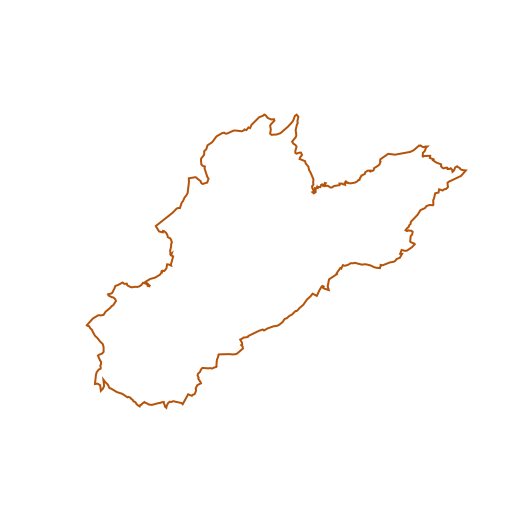 Valea Chioarului, Maramures, Romania, rotated 312°
{"feature_id": "2599482B15879109354657", "entity_name": "Valea Chioarului", "entity_type": "district", "adm_level": 2, "iso_a3": "ROU", "parent_name": "Romania", "parent_adm1": "Maramures", "projection": "robinson", "projection_center": [23.459, 47.406], "detail": "fine", "context": "isolated", "style": "outline", "palette": "amber", "viewbox_px": 512, "rotation_deg": 312, "n_neighbors": 0, "source": "geoboundaries", "source_scale": "gbopen_adm2", "svg_char_len": 6094}
<svg xmlns="http://www.w3.org/2000/svg" viewBox="0 0 512 512"><g transform="rotate(312 256 256)"><path d="M351.0,364.1L355.3,363.1L354.1,361.7L357.9,360.2L359.6,363.4L361.1,364.6L366.8,366.0L371.0,366.1L371.2,365.5L369.9,362.1L369.9,360.9L374.2,357.7L376.6,357.6L378.8,356.2L378.7,354.4L377.6,353.3L377.2,352.2L375.6,351.6L375.2,349.9L377.9,349.7L379.7,350.0L381.5,349.3L383.4,349.4L384.5,348.5L385.5,348.2L394.8,348.5L400.1,347.5L404.6,349.5L407.1,349.3L410.0,350.8L412.2,353.6L412.8,353.5L416.0,350.4L418.0,349.7L422.5,347.2L425.3,349.2L428.1,347.5L429.6,350.9L431.5,351.2L433.0,352.4L435.7,352.5L438.4,349.4L440.0,349.5L452.7,354.8L460.0,354.7L457.9,351.7L457.3,349.9L457.7,348.5L457.1,346.1L457.2,345.4L455.2,344.8L451.9,345.9L450.1,345.7L451.3,344.1L451.5,342.0L450.2,341.6L448.8,340.1L449.6,339.2L449.4,338.6L446.4,336.5L446.4,333.6L448.0,332.3L446.1,327.4L445.6,323.7L446.1,323.6L445.9,323.1L446.6,323.0L445.2,319.6L447.0,318.4L442.5,313.7L441.6,313.6L441.6,313.2L444.4,311.0L446.7,311.2L450.5,309.8L451.9,310.0L450.4,308.4L449.2,307.9L448.5,306.5L448.2,304.2L447.5,304.0L447.2,303.3L440.2,302.4L436.6,301.0L424.3,291.5L420.4,285.9L411.0,283.7L409.6,284.7L409.5,285.4L406.7,286.5L404.8,286.3L400.3,285.0L398.5,286.0L397.2,285.6L396.8,284.8L395.6,284.6L395.8,283.9L395.2,283.8L395.2,283.0L394.1,281.9L392.0,281.3L391.1,281.2L389.8,282.0L386.2,280.5L385.5,281.0L383.8,281.0L381.8,282.0L381.1,281.3L379.0,281.3L376.6,280.3L373.3,277.7L372.0,276.0L371.7,275.5L372.0,274.8L371.4,274.2L371.6,272.8L371.2,272.7L370.4,273.8L369.6,273.1L368.5,274.5L368.2,273.5L367.5,272.9L367.3,271.4L365.7,269.6L365.2,270.5L364.6,270.7L360.3,267.2L357.6,266.5L356.7,265.4L356.2,262.3L354.5,260.7L355.6,259.2L356.7,259.1L356.3,258.3L353.5,259.8L353.0,258.9L353.8,258.1L353.5,257.2L352.3,256.8L350.3,257.8L348.9,256.0L347.9,256.5L347.7,256.0L348.1,255.2L347.0,255.6L346.3,255.3L346.0,254.7L345.6,255.5L343.4,257.6L341.2,257.0L341.2,255.2L342.1,255.6L343.0,255.5L344.1,254.3L343.5,253.8L344.6,251.7L345.7,250.9L347.3,251.0L349.2,249.0L351.4,247.4L354.3,241.2L355.4,238.0L357.5,235.0L358.0,231.0L359.3,229.1L357.3,223.4L358.8,222.8L361.9,222.6L362.9,220.2L361.5,218.8L359.1,217.6L359.0,216.1L360.6,214.8L364.4,213.0L364.9,211.0L364.5,208.6L365.1,206.3L371.0,206.0L372.8,205.1L376.1,201.2L380.8,198.6L382.7,198.1L383.7,196.7L387.8,194.3L388.2,191.6L386.1,191.2L381.3,193.1L379.0,193.3L373.4,193.2L363.8,192.0L360.3,190.2L356.4,186.4L356.4,184.6L359.9,182.4L362.3,179.3L363.7,179.0L368.9,179.1L369.7,177.8L367.8,176.2L366.4,172.4L367.0,169.1L366.8,167.7L366.3,167.4L365.3,167.5L361.2,165.5L350.5,164.9L347.1,166.0L346.5,164.4L343.1,164.6L342.3,162.7L341.2,162.9L339.2,162.0L335.4,156.6L334.1,155.4L327.5,152.5L326.6,151.5L326.3,149.8L324.8,148.7L318.5,146.6L311.2,147.3L305.8,145.9L302.2,147.6L299.1,147.4L297.4,149.1L295.9,149.8L291.8,150.0L290.7,150.7L287.4,154.2L287.4,156.4L288.3,158.1L286.7,159.1L282.2,166.9L281.7,169.0L277.9,170.6L273.8,168.1L273.7,166.0L274.6,164.8L274.2,160.6L274.4,159.3L274.0,158.2L268.8,154.1L265.7,157.0L257.1,163.0L254.9,163.6L251.6,163.8L248.0,165.0L245.9,165.1L240.7,167.4L239.4,165.9L238.1,165.3L232.4,165.1L211.2,161.5L209.4,167.5L211.2,170.9L212.4,170.1L213.0,171.2L213.1,173.7L212.3,176.1L211.0,177.8L211.7,180.3L211.3,181.9L209.8,184.4L208.4,184.8L206.0,186.7L202.2,188.8L201.4,190.0L200.1,191.1L200.7,191.6L201.5,191.7L199.6,192.5L200.3,194.7L192.6,198.5L192.1,199.3L191.3,196.9L190.3,195.5L187.1,197.6L185.9,197.8L183.5,197.9L182.7,196.5L181.8,196.0L181.3,196.2L181.6,196.7L180.7,197.2L180.4,196.9L177.6,197.1L172.2,195.4L168.3,192.8L162.8,191.1L162.5,192.1L162.9,193.4L162.8,196.9L162.1,197.0L161.3,195.4L162.0,194.6L162.0,193.4L160.6,190.0L157.5,190.2L155.1,189.5L153.5,188.4L152.1,186.6L149.9,185.0L149.0,183.6L148.1,180.0L149.0,178.5L147.1,176.7L147.0,174.6L142.2,172.9L139.6,171.5L137.2,172.5L132.4,173.8L131.6,173.7L128.5,171.7L128.0,173.1L128.9,176.3L129.6,177.4L129.8,179.5L129.5,180.8L128.9,182.0L123.9,182.8L121.9,182.2L120.2,182.4L113.9,181.5L110.3,182.1L107.9,180.4L107.3,179.3L106.1,178.3L100.4,176.6L91.3,176.6L91.3,177.4L92.1,178.8L91.4,181.3L91.4,183.4L90.2,186.1L89.0,189.7L88.9,193.1L88.1,197.7L88.0,201.0L86.4,203.6L82.8,206.9L80.5,206.9L77.7,205.5L76.2,205.2L74.0,210.0L73.7,211.7L71.9,213.2L70.4,213.6L68.9,215.6L68.0,215.9L66.3,215.1L62.9,215.4L60.3,216.8L53.1,222.0L55.1,223.6L55.7,226.7L52.0,230.9L54.8,231.0L57.8,230.1L62.0,225.3L61.4,228.5L61.3,231.9L59.8,235.5L60.5,237.0L61.8,243.7L64.1,248.8L65.0,255.1L65.9,255.5L66.4,256.5L66.6,258.1L66.3,259.2L66.6,260.5L66.0,262.4L66.5,263.3L66.6,264.6L66.1,265.9L66.0,267.9L66.4,270.2L67.7,269.7L68.9,270.4L69.8,270.2L72.8,270.8L72.8,272.0L73.3,272.8L73.9,275.6L75.6,278.2L81.5,282.0L82.3,282.9L84.1,283.7L85.8,285.1L84.8,286.1L84.5,287.3L83.2,289.0L83.2,290.9L84.9,289.9L87.9,289.1L90.0,289.4L90.8,290.7L92.7,291.6L96.9,299.1L96.8,300.7L107.8,298.1L109.2,301.9L110.7,301.9L111.9,302.7L112.8,302.7L114.9,301.9L116.2,301.2L117.2,299.8L120.7,298.8L124.6,300.3L125.2,299.1L126.2,295.2L127.2,294.7L128.2,292.4L129.9,291.7L132.5,291.9L134.8,291.1L136.9,291.0L140.8,296.0L141.9,296.8L143.0,298.7L144.9,299.4L146.7,300.6L147.7,300.6L148.3,299.7L152.7,296.4L155.9,295.3L157.6,294.1L158.0,294.2L165.3,301.9L167.1,304.4L169.5,306.6L170.7,307.2L178.5,308.2L179.9,306.4L179.9,304.6L181.1,304.8L182.1,303.8L183.3,300.2L186.0,301.2L186.9,301.2L189.5,303.5L190.8,304.2L191.5,303.8L202.7,308.4L205.9,310.2L206.0,311.8L209.8,313.0L215.2,315.9L218.6,318.6L220.6,319.3L224.9,320.0L228.3,319.4L230.6,320.6L233.5,320.8L236.5,321.9L241.5,322.2L242.3,323.0L244.3,323.3L245.7,323.1L251.4,323.8L257.8,323.0L262.4,323.5L265.9,323.3L267.1,327.9L272.8,326.1L276.7,325.3L278.2,325.4L278.6,326.7L277.2,326.9L277.5,328.7L279.4,332.9L281.4,329.6L287.5,325.9L296.8,328.3L297.0,327.5L303.5,326.7L303.7,327.8L307.4,326.7L307.8,328.0L308.6,328.9L311.5,330.5L314.0,331.2L315.6,333.1L317.0,333.9L320.5,340.6L322.0,341.7L323.6,343.6L325.7,347.6L326.7,351.2L327.9,353.5L329.9,356.2L331.0,355.5L331.6,355.6L332.8,354.6L333.8,356.3L340.8,359.8L344.0,362.3L346.3,362.8L347.8,362.5L351.0,364.1Z" fill="none" stroke="#b45309" stroke-width="2"/></g></svg>